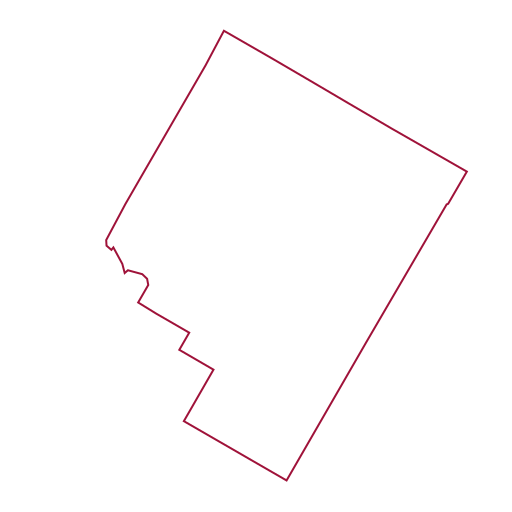 outline of Toole, Montana, United States of America, rotated 30°
{"feature_id": "52423323B49252617334437", "entity_name": "Toole", "entity_type": "district", "adm_level": 2, "iso_a3": "USA", "parent_name": "United States of America", "parent_adm1": "Montana", "projection": "mercator", "projection_center": [-111.838, 48.609], "detail": "fine", "context": "isolated", "style": "outline", "palette": "rose", "viewbox_px": 512, "rotation_deg": 30, "n_neighbors": 0, "source": "geoboundaries", "source_scale": "gbopen_adm2", "svg_char_len": 554}
<svg xmlns="http://www.w3.org/2000/svg" viewBox="0 0 512 512"><g transform="rotate(30 256 256)"><path d="M118.3,317.1L121.4,321.8L127.7,323.0L128.2,319.9L144.2,329.7L150.8,336.4L152.2,332.4L166.6,328.6L173.1,330.2L177.2,335.0L177.2,355.2L198.6,355.8L236.5,355.8L236.5,375.6L276.0,375.7L276.1,422.0L276.1,435.1L354.1,435.1L394.7,435.1L394.6,276.3L395.3,116.0L396.3,114.7L396.4,77.5L363.8,77.6L309.5,77.8L259.4,77.5L224.2,77.2L173.3,76.9L115.6,77.0L117.0,116.1L116.9,243.0L116.9,276.3L118.3,317.1Z" fill="none" stroke="#9f1239" stroke-width="2"/></g></svg>